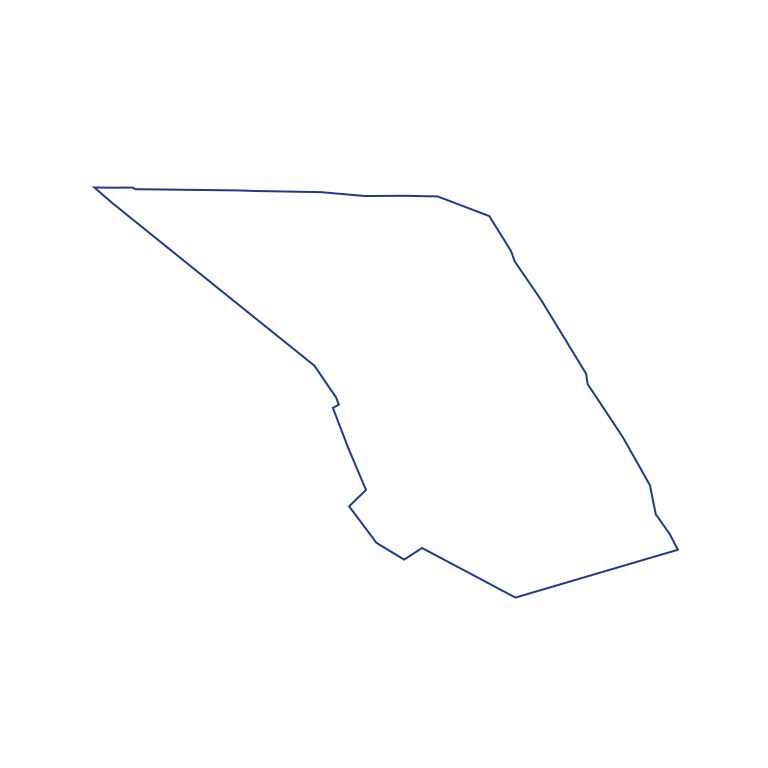 At Tadamon - BN, Blue Nile, Sudan (Equal Earth projection), rotated 98°
{"feature_id": "16777658B66976297159843", "entity_name": "At Tadamon - BN", "entity_type": "district", "adm_level": 2, "iso_a3": "SDN", "parent_name": "Sudan", "parent_adm1": "Blue Nile", "projection": "equal_earth", "projection_center": [33.588, 11.572], "detail": "fine", "context": "isolated", "style": "outline", "palette": "blue", "viewbox_px": 768, "rotation_deg": 98, "n_neighbors": 0, "source": "geoboundaries", "source_scale": "gbopen_adm2", "svg_char_len": 746}
<svg xmlns="http://www.w3.org/2000/svg" viewBox="0 0 768 768"><g transform="rotate(98 384 384)"><path d="M203.0,303.0L202.8,304.7L202.6,305.3L190.8,357.0L194.9,390.9L200.5,428.9L202.8,473.3L210.9,539.4L212.6,555.3L225.7,657.4L224.5,660.1L228.2,686.3L229.7,698.1L233.7,692.0L242.9,677.8L314.4,558.1L375.6,455.4L396.8,436.2L403.9,429.6L410.8,425.9L414.8,431.3L453.2,410.0L491.4,387.1L510.0,401.5L542.4,369.3L555.1,339.6L541.1,323.5L577.2,224.2L532.2,125.0L514.6,86.2L507.3,70.0L507.2,69.9L503.8,72.4L492.8,80.2L476.9,95.1L475.6,96.6L447.2,106.6L405.1,138.8L398.0,144.9L355.9,182.2L352.4,183.4L345.8,185.2L278.8,240.2L267.3,250.7L244.3,271.7L234.7,276.7L226.5,283.5L205.3,301.3L203.0,303.0Z" fill="none" stroke="#1e3a8a" stroke-width="2"/></g></svg>